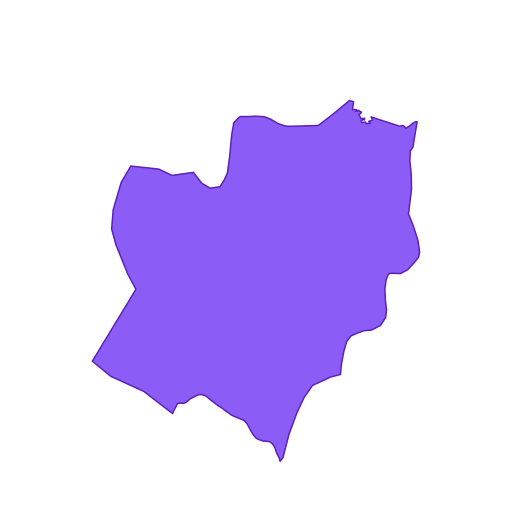 outline of At Tall, Rif Dimashq, Syria, rotated 201°
{"feature_id": "27442178B63006606807907", "entity_name": "At Tall", "entity_type": "district", "adm_level": 2, "iso_a3": "SYR", "parent_name": "Syria", "parent_adm1": "Rif Dimashq", "projection": "orthographic", "projection_center": [36.331, 33.701], "detail": "fine", "context": "isolated", "style": "filled", "palette": "violet", "viewbox_px": 512, "rotation_deg": 201, "n_neighbors": 0, "source": "geoboundaries", "source_scale": "gbopen_adm2", "svg_char_len": 4718}
<svg xmlns="http://www.w3.org/2000/svg" viewBox="0 0 512 512"><g transform="rotate(201 256 256)"><path d="M224.4,434.7L231.8,421.6L234.8,416.2L244.7,400.1L250.7,397.6L272.9,388.4L276.1,387.8L282.7,387.5L291.4,389.0L292.2,389.0L298.4,389.0L301.9,387.8L307.0,386.2L312.7,383.6L320.8,380.5L322.6,376.9L324.5,372.4L322.2,360.9L320.4,354.3L320.0,352.8L316.3,339.6L312.4,323.1L312.9,315.5L313.7,311.7L314.4,307.8L323.1,302.9L332.7,304.5L344.5,311.6L363.2,301.2L371.7,301.8L377.8,302.3L405.1,295.1L408.2,276.5L407.2,263.7L405.9,248.0L400.4,229.4L390.8,216.3L383.9,208.9L369.8,193.8L369.4,193.4L368.0,192.2L367.6,191.8L367.3,191.6L367.2,191.5L366.8,191.1L366.7,191.0L356.6,182.3L356.2,181.9L358.2,170.5L361.1,154.5L363.4,141.9L364.8,134.3L366.3,125.7L366.4,125.1L367.0,122.1L367.3,120.4L367.9,116.8L369.5,108.0L371.0,99.8L371.1,99.2L348.4,91.6L312.3,89.4L279.8,79.7L277.4,79.1L277.3,79.5L277.4,81.5L277.3,82.0L277.1,83.8L276.8,86.4L276.7,86.9L276.7,87.1L276.6,88.0L276.5,90.0L275.9,90.6L274.1,91.5L273.1,91.8L271.8,92.2L270.3,92.9L269.9,93.3L268.6,94.6L268.0,95.9L267.7,96.3L267.5,96.8L266.8,98.1L266.3,99.0L265.7,99.8L265.0,100.5L264.9,100.6L264.4,101.0L264.0,101.5L263.2,102.4L261.2,104.7L260.8,105.1L259.2,106.2L259.0,106.3L257.9,106.8L257.0,107.1L254.1,107.4L253.3,107.4L252.9,107.4L252.3,107.2L250.2,106.6L249.9,106.4L247.8,105.7L246.6,105.3L239.8,103.3L237.5,102.6L234.7,102.2L233.6,101.9L231.8,101.4L227.9,100.2L225.6,99.8L224.7,99.5L223.5,99.1L222.7,98.9L222.3,98.8L221.1,98.6L217.5,98.4L212.2,98.4L208.1,98.2L206.4,97.5L203.1,95.3L200.3,92.7L197.2,90.2L196.2,89.4L195.4,88.8L195.0,88.5L193.2,87.4L190.3,86.0L189.1,85.7L188.9,85.7L184.9,85.7L184.1,85.8L183.6,85.8L183.3,85.8L182.0,86.1L180.6,86.5L179.9,86.8L179.7,86.8L178.4,87.1L177.5,87.4L176.4,87.4L173.8,86.7L171.6,85.4L170.3,84.4L169.4,83.5L166.8,80.2L165.9,79.2L165.2,78.6L164.6,78.1L162.1,75.9L161.5,75.1L160.7,74.0L160.2,73.3L159.9,73.1L158.6,77.6L161.3,101.3L161.6,124.1L160.4,140.9L156.9,155.4L143.2,169.6L134.7,175.7L137.4,185.3L139.9,199.0L140.6,207.8L140.7,208.6L139.3,213.2L138.6,215.6L138.4,215.7L134.2,220.0L128.3,225.0L121.6,228.3L114.9,235.8L113.9,240.3L112.9,244.8L114.8,252.4L119.2,260.8L123.8,271.2L126.0,280.4L125.9,286.4L123.9,288.3L114.9,291.3L109.5,297.5L105.7,307.1L103.8,313.2L104.6,318.1L106.2,321.1L110.3,328.4L113.8,332.8L118.9,339.2L119.4,339.9L120.5,341.1L125.7,346.7L128.8,350.1L130.2,355.8L134.7,374.0L135.7,376.4L138.1,382.4L140.6,388.4L142.3,391.8L145.6,398.3L146.4,399.7L149.6,409.5L148.5,414.1L149.8,420.0L153.6,438.9L153.8,438.9L154.3,438.8L154.5,438.8L154.7,438.7L154.8,438.6L155.0,438.5L155.1,438.4L155.3,438.3L155.4,438.2L155.5,438.0L155.7,437.9L155.8,437.8L155.9,437.7L156.0,437.4L156.2,437.2L156.3,436.9L156.5,436.7L157.3,436.0L157.4,435.9L157.5,435.8L157.5,435.7L157.6,435.4L157.6,435.2L157.7,434.9L157.8,434.8L158.5,433.6L158.7,433.3L159.5,432.1L160.1,431.3L160.6,430.7L160.8,430.4L161.0,430.1L161.6,428.9L162.3,429.2L163.2,429.7L164.0,430.0L165.1,430.5L165.3,430.4L165.5,430.4L166.2,430.1L166.6,429.9L167.4,429.3L168.6,428.6L168.8,428.4L169.0,428.4L170.0,428.6L185.9,427.7L186.0,427.7L198.2,427.1L198.3,427.0L198.1,426.8L196.7,425.8L196.5,424.8L196.6,424.2L196.9,423.7L197.3,423.4L197.7,423.1L198.4,422.7L198.8,422.4L198.8,422.2L198.6,422.0L197.8,421.8L197.4,421.5L197.0,421.1L197.0,420.7L197.8,420.5L198.3,420.4L198.8,420.2L199.1,419.6L199.9,419.4L200.4,419.1L200.7,419.3L201.0,419.6L201.2,419.9L201.5,420.1L201.8,420.2L202.3,420.1L202.5,419.9L203.1,419.6L203.6,419.3L204.1,418.9L204.8,418.6L205.3,418.7L205.6,418.9L206.0,419.3L206.1,419.6L205.8,419.9L205.8,420.1L205.5,420.7L205.2,421.3L204.8,421.9L204.3,422.3L204.0,422.1L203.7,421.9L203.5,422.1L203.6,422.3L203.9,422.7L203.9,423.0L204.0,423.4L204.4,423.2L204.7,423.1L204.8,423.0L205.1,422.8L205.4,422.7L205.8,422.7L206.0,422.5L206.5,422.0L207.0,421.8L207.3,421.9L207.5,422.0L207.8,422.4L208.0,422.6L208.4,422.9L208.6,423.0L208.9,423.3L209.0,423.6L209.3,423.8L210.2,424.3L210.6,424.6L210.5,424.8L210.5,425.3L210.4,425.6L210.0,425.8L209.7,426.1L209.5,426.3L209.2,426.7L209.2,426.9L209.4,427.4L209.4,427.7L209.1,428.0L208.7,428.4L208.8,428.3L209.0,428.3L209.3,428.2L209.6,428.2L210.0,428.2L210.5,428.2L210.8,428.2L211.1,428.3L211.4,428.4L211.9,428.8L212.6,428.6L213.1,427.8L213.8,427.4L214.0,427.3L214.5,427.0L214.3,427.6L214.2,428.2L214.3,428.2L214.4,428.4L214.5,428.5L214.8,428.5L216.5,428.0L217.9,427.6L218.1,427.4L218.3,427.3L218.4,427.5L218.8,428.9L219.1,430.3L219.3,431.1L219.6,432.1L219.8,433.3L220.2,434.7L220.2,434.9L220.8,434.9L221.0,434.9L221.3,434.9L221.5,434.9L221.8,434.9L222.0,434.9L222.3,434.9L222.8,434.8L223.0,434.7L223.4,434.6L223.5,434.6L223.8,434.6L224.0,434.6L224.3,434.7L224.4,434.7Z" fill="#8b5cf6" stroke="#5b21b6" stroke-width="1.5"/></g></svg>